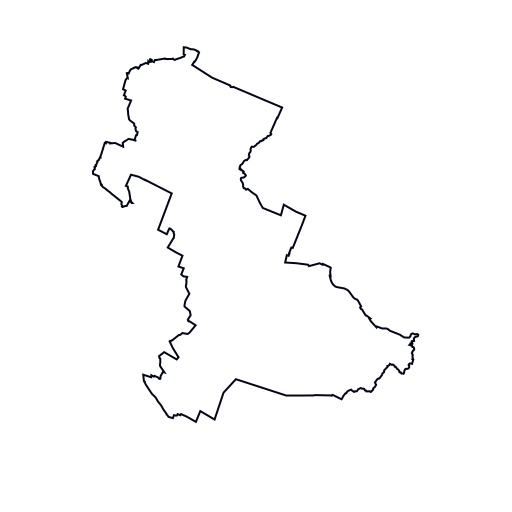 outline of Ojocaliente, Zacatecas, Mexico, rotated 197°
{"feature_id": "50627088B28606708050164", "entity_name": "Ojocaliente", "entity_type": "district", "adm_level": 2, "iso_a3": "MEX", "parent_name": "Mexico", "parent_adm1": "Zacatecas", "projection": "orthographic", "projection_center": [-102.224, 22.565], "detail": "fine", "context": "isolated", "style": "outline", "palette": "ink", "viewbox_px": 512, "rotation_deg": 197, "n_neighbors": 0, "source": "geoboundaries", "source_scale": "gbopen_adm2", "svg_char_len": 6060}
<svg xmlns="http://www.w3.org/2000/svg" viewBox="0 0 512 512"><g transform="rotate(197 256 256)"><path d="M80.0,221.0L80.8,222.7L80.8,224.0L79.9,225.3L77.9,226.4L77.7,226.9L77.8,228.1L78.9,228.5L81.4,227.5L82.8,227.8L83.9,227.6L84.9,226.4L84.9,224.1L85.7,222.7L90.5,221.4L95.4,222.8L106.2,223.7L107.9,224.5L109.4,224.8L110.8,224.6L114.0,223.6L120.0,223.9L120.0,223.0L127.3,227.3L129.2,229.1L128.4,229.7L132.7,231.3L133.7,231.2L139.0,235.9L140.1,236.0L141.0,236.7L141.4,237.3L140.7,238.5L145.6,243.3L146.6,243.8L149.1,244.1L150.9,244.9L156.8,249.4L158.8,250.3L162.0,250.8L169.8,249.9L171.3,250.0L174.2,251.4L176.7,253.8L179.6,258.3L179.7,258.7L178.8,258.6L180.4,262.3L181.1,266.6L181.9,266.9L189.7,268.0L189.7,267.1L193.1,267.6L202.4,261.8L203.6,262.9L215.3,260.9L226.2,258.3L226.8,265.8L224.9,265.7L224.7,267.9L225.2,268.0L224.7,274.3L224.6,274.5L223.2,274.5L221.1,299.1L220.5,309.0L230.9,310.1L244.4,313.2L244.1,302.2L263.5,303.9L267.7,307.8L273.3,314.0L279.1,315.9L283.4,317.8L283.8,317.7L284.4,316.8L285.0,316.5L286.6,317.5L287.4,317.3L287.8,317.7L288.8,318.8L288.9,319.9L290.0,321.9L292.4,323.9L293.0,324.9L293.1,326.1L292.8,326.6L291.0,327.2L290.2,328.1L289.3,329.6L289.3,330.2L291.0,331.4L292.7,331.8L292.4,333.1L295.1,334.2L295.3,333.9L296.4,335.0L296.6,334.9L296.8,334.2L297.3,334.4L297.6,336.1L297.3,336.9L297.6,337.8L297.2,338.7L296.0,340.1L295.2,343.4L293.9,344.8L292.8,344.9L291.3,348.3L291.4,349.4L292.2,350.1L292.6,351.8L291.8,353.9L291.8,355.0L292.3,356.2L292.5,357.4L292.1,359.2L290.5,359.6L289.8,360.0L288.2,362.3L287.8,363.6L286.3,365.2L285.6,367.1L284.8,367.2L284.1,368.1L283.7,368.2L283.5,368.6L282.8,368.9L282.7,369.2L283.0,369.9L282.2,370.8L280.6,371.8L279.9,374.1L279.0,374.5L277.2,376.3L277.4,376.7L277.1,377.2L278.2,378.0L276.3,394.3L275.8,394.2L274.4,405.6L327.1,411.1L327.8,410.6L329.5,410.2L330.3,410.8L330.4,411.5L350.1,413.7L372.9,420.1L371.9,423.7L371.6,423.6L370.9,425.2L370.2,429.2L370.0,434.1L372.2,434.7L372.1,435.0L375.8,435.4L378.8,434.7L383.5,435.0L386.1,434.5L384.2,427.8L382.8,427.6L383.2,425.6L384.5,424.9L386.1,423.4L389.9,420.8L390.6,420.0L391.4,419.7L393.1,420.5L393.3,420.1L398.1,418.5L400.6,417.9L400.8,418.2L408.6,414.3L410.0,413.8L410.3,411.6L411.9,411.9L413.5,410.9L413.2,413.1L414.7,413.3L415.5,409.4L415.7,409.6L415.4,408.3L417.8,408.4L421.4,405.1L422.1,405.1L423.2,400.8L424.7,401.1L424.7,401.6L426.5,401.4L426.5,401.0L428.1,400.0L428.1,399.7L430.0,398.2L430.7,396.7L431.2,393.3L432.2,393.5L433.0,393.1L430.7,388.7L431.1,388.8L431.4,388.3L432.2,386.0L431.9,376.6L429.0,376.1L429.3,371.1L428.5,371.0L427.1,370.3L427.2,368.2L420.9,368.2L421.8,359.2L420.9,357.4L419.5,353.8L417.4,349.7L416.4,348.9L411.2,347.0L410.6,345.1L408.5,343.9L408.5,342.5L407.2,340.3L405.4,339.9L405.2,336.8L406.0,336.5L406.1,331.4L404.1,331.1L408.1,331.2L409.5,330.9L412.0,330.8L415.8,326.4L416.5,325.2L415.0,321.7L423.7,322.9L428.2,321.1L428.2,321.6L432.7,321.3L432.5,319.9L433.7,319.9L433.7,308.9L433.9,305.9L433.5,304.8L434.0,304.8L434.4,301.9L434.7,301.8L435.1,300.9L435.1,300.1L435.5,300.0L435.3,299.0L435.4,296.5L435.9,296.2L435.4,295.1L436.0,294.8L435.9,293.9L436.4,293.7L435.5,291.8L436.3,290.9L436.7,289.2L435.8,286.9L429.8,286.4L428.1,283.2L427.5,282.7L425.1,278.9L424.6,279.3L424.2,279.0L424.0,278.1L422.6,277.2L419.6,276.3L415.2,274.5L414.5,274.4L412.6,273.4L400.5,268.6L400.2,268.4L399.8,266.0L398.1,264.6L398.5,264.0L398.0,263.8L395.6,265.6L394.3,266.1L393.1,271.8L390.1,270.3L389.7,270.5L390.5,270.8L391.3,271.6L392.8,273.7L396.1,280.5L398.1,282.9L398.9,284.9L400.9,285.0L399.3,297.2L391.4,297.5L390.2,297.3L385.8,296.4L383.6,296.1L383.7,296.3L354.9,291.2L357.3,252.5L347.7,250.7L347.5,251.5L347.4,253.6L346.9,257.0L346.1,257.1L344.3,256.4L342.3,255.1L341.7,255.0L341.4,253.7L340.5,252.7L339.9,249.0L340.2,248.8L342.9,238.3L333.3,236.0L326.4,234.8L327.1,223.3L321.5,223.1L322.1,216.5L319.5,215.3L315.7,215.9L315.8,212.7L315.1,211.7L314.4,208.7L314.4,207.1L313.9,205.8L308.7,200.4L310.4,192.7L310.1,188.8L309.6,186.8L303.2,184.0L301.2,180.3L302.4,175.8L302.1,174.8L302.3,174.7L301.9,174.1L301.4,173.8L300.5,174.1L293.5,172.1L297.1,163.4L298.4,161.6L298.7,161.4L303.9,160.8L305.3,158.5L306.7,157.8L311.6,150.7L311.9,150.7L312.8,149.3L314.2,149.8L308.8,143.8L300.5,136.5L301.6,133.9L315.7,137.2L319.4,131.9L318.5,130.2L317.6,130.0L316.5,126.6L316.0,123.6L315.3,122.5L309.6,117.9L311.1,117.9L312.1,113.4L311.6,110.6L312.5,110.2L314.2,111.2L318.0,111.7L318.4,110.8L321.2,111.4L321.0,110.7L320.7,110.7L320.7,109.4L329.1,109.5L326.6,103.6L325.7,103.3L325.8,102.9L325.5,102.7L323.8,100.8L315.3,93.8L310.5,91.3L307.1,88.1L303.2,85.5L299.4,81.9L295.4,78.9L295.0,78.1L294.2,77.9L292.6,76.6L288.1,76.6L287.9,79.8L286.0,79.9L284.8,80.5L284.7,81.9L281.8,81.6L281.5,82.9L275.1,82.1L265.0,79.8L263.9,91.4L247.8,87.5L247.1,115.8L239.2,132.3L186.3,131.4L160.3,139.4L159.0,140.2L143.4,144.6L143.0,144.5L142.6,145.2L142.2,145.1L141.9,145.6L132.3,144.0L131.9,145.4L131.7,147.1L130.5,150.5L129.5,151.2L129.6,151.9L128.3,154.2L125.9,156.0L124.9,155.4L122.4,154.7L121.9,155.1L121.9,155.5L120.0,156.2L119.2,158.6L117.3,160.3L115.7,160.2L113.9,160.6L112.7,159.7L112.6,159.4L111.4,159.5L110.8,158.8L107.7,159.9L107.0,160.0L106.7,159.5L106.4,159.6L104.9,162.4L105.2,163.5L105.0,164.2L104.2,165.1L103.5,167.5L103.6,168.2L104.4,168.7L105.2,169.8L104.9,170.0L104.9,171.1L103.9,173.8L103.0,174.7L102.5,174.7L101.9,175.8L100.7,179.2L100.8,180.7L99.6,182.3L100.0,184.1L97.7,188.7L97.6,189.2L97.9,189.4L97.1,189.9L96.6,190.9L96.5,192.0L94.2,191.6L93.5,192.2L92.8,192.1L91.3,191.4L90.9,190.7L89.5,190.6L88.4,189.5L86.7,188.9L85.4,187.9L84.9,186.9L83.9,186.7L83.6,187.0L82.5,186.1L81.0,186.6L80.5,186.5L80.3,186.8L80.5,190.1L80.2,191.4L79.7,191.9L78.5,192.2L77.3,193.1L77.0,194.7L77.4,195.8L78.1,196.2L78.2,197.2L77.4,198.3L75.3,198.4L75.3,202.9L76.3,203.1L76.1,204.2L76.6,204.8L77.2,206.4L77.1,207.1L78.6,208.8L78.3,209.3L78.5,210.4L78.2,211.3L77.8,211.5L77.4,213.2L78.4,214.7L79.1,214.9L79.8,214.7L80.4,215.7L83.2,215.8L83.0,216.1L82.8,217.4L80.8,217.5L80.8,218.2L82.1,219.2L82.1,220.1L80.0,221.0Z" fill="none" stroke="#020617" stroke-width="2"/></g></svg>